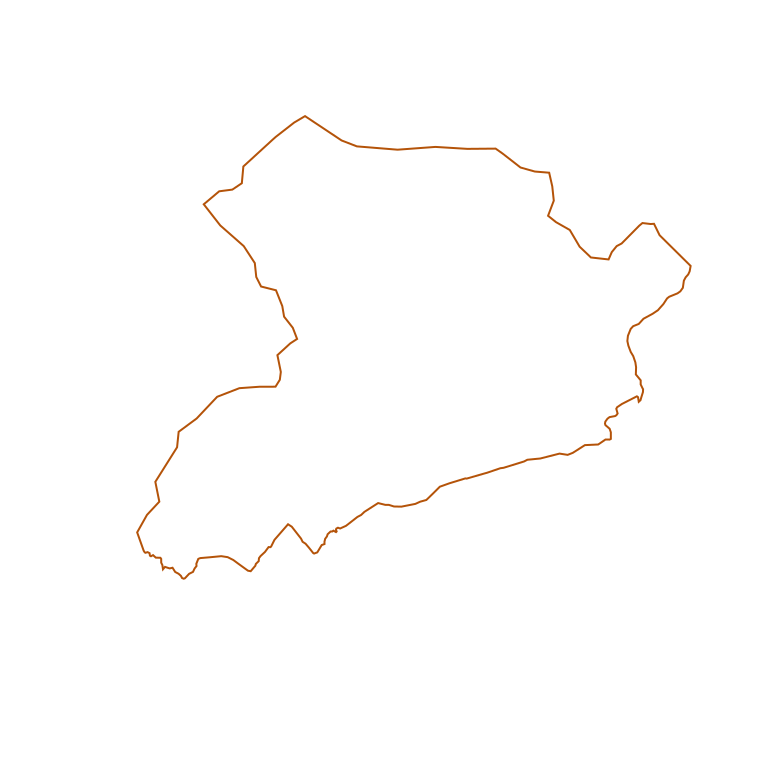 outline of Manyu, Sud-Ouest, Cameroon, rotated 205°
{"feature_id": "32672807B1261524164639", "entity_name": "Manyu", "entity_type": "district", "adm_level": 2, "iso_a3": "CMR", "parent_name": "Cameroon", "parent_adm1": "Sud-Ouest", "projection": "albers", "projection_center": [9.296, 5.93], "detail": "fine", "context": "isolated", "style": "outline", "palette": "amber", "viewbox_px": 768, "rotation_deg": 205, "n_neighbors": 0, "source": "geoboundaries", "source_scale": "gbopen_adm2", "svg_char_len": 2902}
<svg xmlns="http://www.w3.org/2000/svg" viewBox="0 0 768 768"><g transform="rotate(205 384 384)"><path d="M529.7,130.3L528.9,130.2L527.2,131.7L525.0,131.6L523.6,129.5L522.4,129.4L521.0,131.3L518.1,130.4L517.4,130.2L513.2,132.0L512.0,131.3L510.4,127.9L508.4,126.3L506.0,122.7L505.2,125.7L502.5,126.0L500.3,126.3L498.0,128.1L493.8,125.4L490.0,125.2L487.0,124.3L485.0,122.8L483.2,122.9L482.3,123.8L480.4,129.6L477.7,133.0L477.7,136.7L477.0,139.8L478.1,141.7L478.4,147.0L477.7,147.8L476.9,148.6L468.9,153.2L458.7,159.2L452.5,161.0L446.2,160.8L440.3,159.6L428.4,157.3L425.7,158.0L424.2,163.5L423.8,164.8L424.1,166.8L422.7,170.5L423.7,173.3L423.2,175.8L420.9,181.5L419.7,187.4L417.9,188.2L417.7,188.9L417.6,189.2L417.5,193.2L417.4,196.5L411.7,216.3L407.3,215.7L393.8,208.8L391.1,206.6L387.6,206.1L383.0,204.0L376.8,200.9L375.7,200.8L373.3,203.2L372.4,211.7L370.3,213.8L371.3,215.9L371.9,218.9L371.3,221.7L371.6,224.0L370.1,227.7L368.4,228.6L368.3,229.0L367.9,229.7L364.9,229.5L364.6,230.3L366.0,231.7L366.1,232.8L365.0,234.3L362.7,234.5L358.5,239.4L351.9,252.3L349.4,255.6L347.7,259.9L339.0,273.6L334.4,274.5L331.8,275.0L328.5,276.5L323.2,277.2L316.4,280.2L304.9,288.6L301.5,292.6L296.6,296.8L293.1,306.0L290.0,314.5L282.7,321.7L270.4,332.8L269.1,333.2L255.8,344.8L253.1,347.1L243.0,356.8L240.2,358.6L224.3,373.0L222.1,375.9L218.2,378.2L214.5,380.4L210.9,382.5L195.5,395.1L187.6,397.4L183.8,401.4L176.1,413.5L164.3,419.7L159.8,427.3L156.0,429.0L155.2,430.1L158.0,436.1L160.6,438.8L165.9,440.3L167.0,441.5L167.5,443.5L166.8,447.0L165.6,449.3L161.0,452.6L160.2,453.9L159.8,456.0L163.0,459.7L162.9,461.5L159.9,466.5L149.6,479.7L148.2,479.4L145.6,475.6L144.7,477.7L145.2,480.9L145.9,486.1L147.0,488.8L147.4,489.0L151.2,492.1L152.9,495.8L159.8,499.1L162.6,505.7L165.3,509.8L169.9,514.6L173.9,517.3L178.2,521.5L178.8,522.1L181.6,525.8L183.3,530.8L183.7,538.2L182.6,541.7L178.5,546.1L176.4,552.8L170.2,561.2L166.9,566.7L166.0,569.8L164.6,574.4L163.6,581.2L162.4,583.6L156.3,590.2L154.6,593.2L153.8,597.5L155.9,604.4L155.7,608.2L154.6,611.8L154.6,615.3L156.0,620.6L197.1,635.3L207.0,643.3L209.9,641.7L217.8,639.1L219.6,635.3L228.0,611.8L231.4,607.3L233.3,599.8L233.1,591.8L250.0,586.1L252.2,586.9L264.7,591.1L269.2,594.2L280.7,602.1L296.6,603.4L306.4,605.8L307.6,621.9L315.0,634.2L323.6,645.3L337.1,640.3L351.8,637.9L374.0,643.0L380.1,644.1L382.3,644.5L407.9,632.3L437.6,620.6L470.7,602.1L509.0,587.9L525.3,586.8L568.8,593.4L575.9,583.0L586.5,562.3L588.1,558.6L603.4,521.7L597.7,505.9L603.6,496.1L614.8,489.0L623.3,470.7L599.4,458.5L569.4,449.7L552.2,439.0L545.0,427.0L536.6,420.4L521.5,423.3L509.1,411.6L503.0,402.8L490.4,396.4L481.8,388.1L486.1,381.2L492.8,365.1L482.6,351.3L480.2,343.8L481.2,335.7L495.5,329.0L513.3,319.1L529.8,301.9L539.2,273.6L549.9,253.9L544.8,239.2L549.9,198.7L537.9,182.4L543.5,165.2L545.0,145.2L538.7,138.8L531.3,131.3L529.7,130.3Z" fill="none" stroke="#b45309" stroke-width="2"/></g></svg>